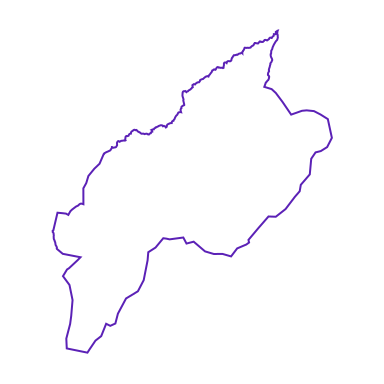 Bulgan, Bayan-Ölgiy, Mongolia (Robinson projection), rotated 92°
{"feature_id": "93677404B54665990627190", "entity_name": "Bulgan", "entity_type": "district", "adm_level": 2, "iso_a3": "MNG", "parent_name": "Mongolia", "parent_adm1": "Bayan-Ölgiy", "projection": "robinson", "projection_center": [90.814, 47.037], "detail": "fine", "context": "isolated", "style": "outline", "palette": "violet", "viewbox_px": 384, "rotation_deg": 92, "n_neighbors": 0, "source": "geoboundaries", "source_scale": "gbopen_adm2", "svg_char_len": 5880}
<svg xmlns="http://www.w3.org/2000/svg" viewBox="0 0 384 384"><g transform="rotate(92 192 192)"><path d="M242.6,135.9L240.5,133.2L237.9,133.9L225.5,124.2L213.8,114.7L213.8,107.4L205.8,97.9L193.2,89.0L187.5,84.4L181.0,83.5L170.3,74.9L154.6,74.0L148.1,69.9L146.6,64.7L142.4,58.5L133.0,54.1L114.4,58.8L110.1,66.2L106.9,72.9L106.4,80.3L107.0,84.9L111.2,95.6L98.8,104.7L90.1,111.7L86.4,116.0L84.4,123.4L81.9,122.6L80.2,122.1L79.8,121.6L79.2,121.4L78.9,121.0L78.0,120.4L77.6,119.8L76.0,119.1L75.1,119.1L74.6,118.9L74.0,118.9L73.6,119.1L73.0,119.4L72.7,120.0L72.2,120.2L71.3,120.2L69.8,119.9L69.3,119.5L68.6,119.2L67.9,119.3L67.5,119.5L65.9,119.2L64.3,118.7L62.5,118.4L61.9,118.1L60.9,118.2L60.4,118.0L59.6,117.3L57.3,116.4L56.2,116.7L54.1,117.8L53.0,118.1L51.5,118.2L51.1,117.8L48.0,117.7L46.3,116.8L44.7,116.5L41.8,115.3L38.5,113.5L37.6,112.7L37.0,112.2L35.9,111.9L34.6,111.6L33.2,111.8L32.4,111.8L31.9,111.9L31.3,112.2L30.8,112.4L28.4,112.2L27.8,112.0L27.9,112.3L28.1,112.5L28.7,113.2L29.0,113.8L29.9,113.8L31.0,113.7L31.4,113.9L31.4,115.7L32.2,115.7L33.2,115.9L33.8,116.8L35.3,117.7L35.3,117.9L35.0,118.5L35.0,119.3L35.8,120.2L36.5,120.4L37.4,121.6L37.8,122.0L37.9,122.3L37.6,123.0L37.4,124.1L37.6,124.8L38.6,125.4L38.8,125.7L39.4,126.2L39.6,126.6L39.5,127.6L39.7,128.2L39.6,128.3L39.2,128.7L39.2,129.6L39.6,129.9L40.8,130.8L41.3,131.3L41.1,132.1L41.1,133.3L40.9,133.7L40.9,134.5L41.9,135.1L43.3,135.8L44.0,137.1L44.5,137.6L44.8,138.0L45.6,138.5L45.7,138.9L45.8,139.2L46.0,140.6L45.9,141.4L46.1,142.6L46.0,143.2L46.0,144.4L46.3,144.6L47.2,144.8L48.5,145.4L48.9,145.8L49.2,146.0L49.7,146.0L50.6,146.7L51.4,146.6L51.1,146.9L51.0,147.3L51.8,148.3L51.9,149.0L52.2,150.0L52.4,150.4L52.8,150.8L53.3,151.3L53.3,151.5L53.2,152.0L53.2,152.3L53.7,153.0L53.6,153.6L53.9,154.4L53.9,155.0L54.3,155.2L55.2,155.9L56.1,156.2L56.4,156.6L56.8,156.8L58.1,157.2L59.1,157.3L59.4,157.5L59.8,158.0L60.1,158.6L60.0,159.2L59.9,159.4L60.0,160.7L60.6,161.5L61.9,161.9L61.5,162.4L61.4,163.0L61.4,163.6L61.6,164.1L61.8,164.3L62.1,164.4L62.7,164.6L63.9,164.5L64.7,164.6L65.3,164.8L66.8,164.8L67.1,165.4L66.8,166.2L66.8,166.7L66.9,168.1L66.6,168.8L66.8,169.5L66.2,170.5L66.6,171.4L67.0,171.7L68.9,172.7L69.1,173.1L68.7,173.6L68.7,174.2L69.0,174.8L69.6,175.3L69.9,176.0L70.1,176.0L70.7,176.3L71.6,176.6L72.8,177.6L74.0,178.3L74.3,178.7L75.1,179.2L75.9,179.5L75.6,179.9L75.6,180.3L75.7,180.8L76.0,181.1L76.0,181.5L76.0,181.8L76.4,182.5L77.9,184.2L78.6,184.8L78.8,185.6L78.9,185.9L79.3,186.6L79.5,187.3L79.7,187.6L80.2,187.9L81.0,188.0L82.1,188.8L82.1,189.6L82.4,190.6L82.6,190.9L83.1,191.3L83.3,191.8L83.5,192.2L84.4,192.7L84.2,193.7L84.2,194.1L84.3,194.2L84.6,194.4L85.0,195.1L85.2,195.3L85.6,195.3L87.3,194.9L87.9,195.8L88.5,196.1L88.9,196.6L89.5,197.1L90.3,198.3L90.6,198.9L91.4,199.5L91.5,199.6L91.7,200.4L92.4,201.1L91.3,202.3L91.4,202.6L91.6,202.8L91.6,203.4L91.6,204.0L92.1,204.5L92.8,204.8L94.4,204.9L96.2,204.9L98.1,204.3L98.7,204.0L99.8,203.8L100.1,203.7L100.9,203.9L104.5,202.9L105.4,202.8L105.5,202.9L106.0,204.0L107.0,205.3L107.3,205.5L107.7,205.6L108.7,205.5L109.2,206.0L110.1,206.3L111.4,206.1L112.6,205.7L112.5,206.1L112.9,208.1L113.0,208.3L113.8,208.8L115.1,209.3L115.7,209.8L116.1,210.3L117.0,210.9L118.2,211.5L119.9,212.1L120.6,212.8L121.5,213.0L121.8,214.0L122.4,214.4L123.1,214.7L123.8,214.7L123.8,215.1L123.9,215.5L124.0,216.3L124.6,217.3L124.6,217.6L125.0,218.2L125.4,218.9L126.3,219.4L127.4,219.5L128.1,219.8L128.4,220.4L127.5,220.9L127.2,221.7L127.2,221.9L126.9,222.4L127.0,222.9L127.3,223.3L126.7,223.8L126.4,224.3L126.4,225.7L127.0,227.1L127.1,227.5L127.3,227.8L127.6,228.1L128.0,228.9L128.3,229.5L128.6,229.9L128.5,230.2L128.8,230.6L128.9,230.8L129.3,231.0L129.8,231.9L130.1,232.1L130.7,232.3L130.9,233.7L131.4,234.6L131.6,234.3L131.8,234.2L133.1,233.8L133.4,234.5L133.5,234.7L134.1,235.1L134.7,235.2L135.2,236.5L136.0,237.0L136.0,238.0L135.4,238.9L135.3,239.2L135.5,240.6L135.8,241.4L135.8,241.6L135.4,242.3L135.4,243.1L135.5,244.2L135.5,244.6L135.2,245.0L135.0,245.4L134.2,246.3L134.1,246.5L134.0,247.1L133.7,247.4L133.4,248.2L133.3,248.4L132.5,249.0L131.9,249.8L131.9,250.0L132.2,250.5L132.2,250.8L132.0,251.1L131.8,251.8L131.9,252.1L132.3,252.8L132.9,253.3L133.6,254.4L133.8,254.6L134.3,254.9L135.1,255.1L135.8,255.1L135.9,255.7L136.0,256.1L136.3,256.6L137.3,257.2L138.0,257.4L138.2,257.9L138.4,258.4L138.3,259.4L138.5,259.8L139.4,260.4L139.7,260.4L140.5,260.4L141.6,260.6L142.4,260.4L142.7,260.2L142.8,260.3L143.0,261.2L142.9,262.1L143.2,263.3L143.3,264.5L143.6,265.0L143.9,265.3L144.0,265.8L144.3,266.2L143.7,267.1L143.7,267.5L143.8,267.7L144.7,268.4L145.5,268.7L145.9,268.7L147.4,268.5L147.9,268.5L149.4,269.3L149.8,269.6L150.1,270.3L150.2,271.1L150.5,272.0L150.4,272.7L149.9,273.3L149.9,273.6L150.6,273.6L150.9,273.6L151.5,274.1L152.9,274.9L153.3,275.2L154.5,277.5L155.2,279.1L155.7,279.8L156.3,280.9L156.9,281.1L156.9,281.4L157.0,281.5L167.0,285.4L172.1,290.4L179.6,296.1L186.8,298.0L192.1,300.7L208.0,300.1L207.5,301.8L207.5,302.6L207.8,303.5L208.5,304.4L209.5,305.3L210.6,307.4L213.8,311.3L215.6,313.0L216.3,313.3L217.2,313.8L219.2,314.8L218.0,317.2L217.7,320.7L217.4,325.7L235.0,329.2L235.4,329.4L235.5,329.7L235.7,329.9L236.2,329.8L236.9,329.8L237.5,329.2L238.1,328.9L239.2,328.8L240.0,328.6L241.2,328.7L243.5,328.5L244.4,328.2L245.1,327.7L246.3,327.4L246.9,327.0L249.5,326.5L250.2,326.2L250.8,325.7L252.1,325.1L252.5,325.1L252.9,325.2L253.2,325.2L253.6,325.0L258.3,319.0L261.1,301.2L264.0,303.8L272.5,312.3L273.8,314.2L280.6,318.0L289.2,311.2L304.2,307.6L320.2,308.4L328.2,309.2L342.9,312.5L352.7,311.7L356.2,290.9L353.0,289.0L343.9,283.3L339.2,277.7L326.7,273.2L328.6,269.0L326.1,264.0L316.2,261.8L300.7,254.2L293.1,242.6L281.8,237.2L261.9,234.0L253.7,233.6L248.8,226.5L239.2,219.1L239.5,216.1L240.1,212.7L237.8,199.1L243.7,195.7L241.6,188.6L250.9,176.9L253.2,168.0L252.8,159.4L255.0,150.7L246.8,144.9L242.6,135.9Z" fill="none" stroke="#5b21b6" stroke-width="2"/></g></svg>